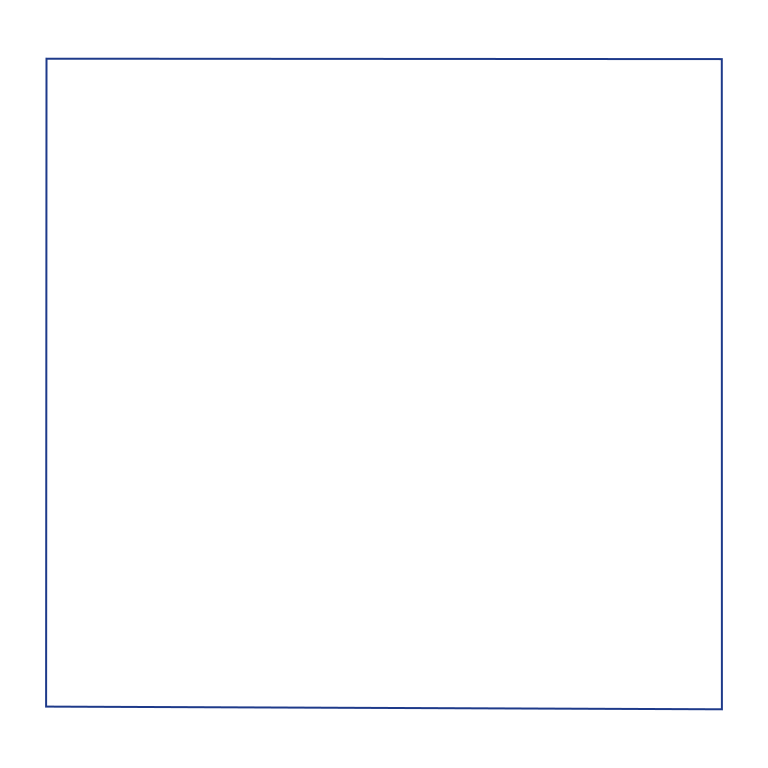 Buena Vista, Iowa, United States of America (Equal Earth projection)
{"feature_id": "52423323B32669676915102", "entity_name": "Buena Vista", "entity_type": "district", "adm_level": 2, "iso_a3": "USA", "parent_name": "United States of America", "parent_adm1": "Iowa", "projection": "equal_earth", "projection_center": [-95.199, 42.735], "detail": "fine", "context": "isolated", "style": "outline", "palette": "blue", "viewbox_px": 768, "rotation_deg": 0, "n_neighbors": 0, "source": "geoboundaries", "source_scale": "gbopen_adm2", "svg_char_len": 181}
<svg xmlns="http://www.w3.org/2000/svg" viewBox="0 0 768 768"><path d="M46.5,58.7L46.1,706.6L721.9,709.3L721.8,59.1L46.5,58.7Z" fill="none" stroke="#1e3a8a" stroke-width="2"/></svg>